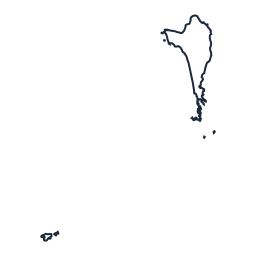 outline of Phu Quoc, Kiên Giang, Vietnam
{"feature_id": "81297802B871478188231", "entity_name": "Phu Quoc", "entity_type": "district", "adm_level": 2, "iso_a3": "VNM", "parent_name": "Vietnam", "parent_adm1": "Kiên Giang", "projection": "mercator", "projection_center": [103.915, 9.853], "detail": "fine", "context": "isolated", "style": "outline", "palette": "slate", "viewbox_px": 256, "rotation_deg": 0, "n_neighbors": 0, "source": "geoboundaries", "source_scale": "gbopen_adm2", "svg_char_len": 5702}
<svg xmlns="http://www.w3.org/2000/svg" viewBox="0 0 256 256"><path d="M202.3,22.9L201.5,22.5L200.4,21.4L197.2,16.2L195.8,15.6L194.9,15.4L193.9,15.8L192.9,15.9L192.4,16.2L190.8,17.8L190.6,18.5L190.6,20.3L190.3,21.5L189.7,23.2L189.4,23.7L188.6,24.0L187.3,24.3L186.5,24.6L185.8,25.0L185.1,28.4L183.9,31.0L182.6,32.4L181.7,33.0L181.1,33.1L180.5,33.0L180.0,32.6L179.4,32.6L179.2,32.5L176.5,31.9L176.0,31.6L175.3,31.5L174.7,31.1L173.8,31.0L173.5,30.9L171.8,30.9L170.8,30.5L169.3,30.4L169.0,30.2L168.6,30.2L167.8,29.7L167.6,29.7L167.2,30.2L166.8,30.3L166.5,30.2L166.2,29.7L165.1,29.6L164.9,29.7L164.8,29.8L165.1,30.4L165.1,31.0L164.5,31.5L164.4,32.1L164.1,32.1L164.2,32.3L164.1,32.6L164.4,32.8L164.7,32.8L165.7,33.4L166.0,34.1L166.5,35.3L167.1,37.4L167.6,39.7L168.7,42.4L168.5,42.9L168.6,43.1L169.2,43.5L169.4,44.2L169.7,44.3L169.5,43.7L170.1,43.2L170.8,43.1L171.3,43.2L172.1,43.5L173.3,44.1L174.4,45.3L174.7,46.3L175.4,46.6L176.7,46.6L178.1,46.1L179.6,46.8L180.5,47.6L181.1,48.5L181.7,49.6L182.2,50.6L182.2,51.1L182.7,51.9L183.3,52.2L183.9,52.9L184.5,53.2L184.8,53.7L184.7,53.9L185.4,54.5L185.6,55.2L186.1,55.7L186.5,56.5L187.4,59.8L187.7,60.3L187.7,60.6L187.9,61.0L188.5,62.7L189.1,65.4L189.1,65.9L189.3,66.2L192.9,83.3L194.1,91.2L194.0,91.9L194.3,92.5L194.2,93.2L194.5,93.5L194.8,93.5L195.0,93.7L195.4,93.6L195.7,93.7L196.1,94.3L196.6,95.5L196.5,96.3L197.2,97.0L197.3,97.9L197.5,98.2L197.7,99.1L197.5,99.5L197.6,100.2L197.9,100.7L198.5,100.6L198.7,99.5L199.6,99.1L200.2,99.1L200.5,99.2L201.1,99.7L201.9,100.6L202.3,99.8L203.0,99.5L203.4,99.6L203.6,99.8L203.7,100.2L204.0,100.5L204.4,100.7L204.6,101.2L205.8,101.6L205.9,101.0L205.4,100.3L204.9,99.9L204.5,100.3L204.0,100.1L203.6,99.5L203.4,98.8L202.8,98.2L201.8,96.7L201.8,95.8L202.2,95.0L202.5,94.8L203.1,95.1L203.2,94.9L203.4,94.7L202.7,94.0L202.7,92.4L202.9,91.7L203.3,90.9L203.5,90.8L203.8,90.9L204.1,90.9L204.0,90.2L204.2,89.6L204.2,89.3L204.0,89.1L203.7,89.0L202.8,88.8L202.5,88.4L201.2,87.4L201.0,87.9L200.7,88.1L200.3,88.0L199.7,87.4L199.2,86.5L199.4,86.2L199.7,86.3L200.8,84.9L200.7,83.3L201.0,82.0L201.8,81.2L202.0,81.1L202.2,80.9L203.0,79.4L202.3,77.7L201.7,77.2L201.8,76.2L202.1,75.3L202.8,74.1L204.2,73.1L204.1,72.9L204.3,72.5L205.3,68.2L205.3,67.9L206.6,63.8L207.4,62.4L208.0,61.9L208.3,62.0L208.5,61.9L208.8,61.4L209.0,61.4L209.4,61.0L210.0,59.7L210.6,57.3L210.9,56.0L211.4,55.3L211.2,54.4L211.2,53.3L211.0,52.6L210.9,51.8L210.3,50.6L210.1,49.0L210.1,47.7L210.8,46.1L210.9,44.9L211.2,43.8L211.2,43.5L211.1,42.9L210.1,39.8L210.1,39.0L209.8,38.4L209.8,37.5L209.8,36.2L210.1,35.1L210.7,34.4L211.2,34.2L210.6,32.2L210.7,31.4L210.8,31.4L210.9,30.9L210.6,30.4L210.0,29.7L210.0,29.4L209.7,29.2L209.4,28.7L208.2,27.6L207.7,26.9L207.5,26.0L206.8,25.3L206.8,24.9L207.0,24.8L207.5,24.7L207.5,24.4L207.1,24.3L206.7,24.8L205.8,24.6L204.2,23.0L203.9,22.5L203.6,22.3L203.1,22.3L202.9,22.8L202.7,23.0L202.3,22.9ZM47.3,234.3L46.2,233.9L45.6,233.9L44.4,234.6L42.2,235.4L41.6,236.0L41.3,236.3L41.3,236.8L41.8,237.1L42.2,237.1L43.8,236.5L44.2,236.6L44.6,236.9L44.6,237.6L43.9,238.8L43.9,239.2L44.2,240.3L44.7,240.6L44.9,240.6L45.6,240.4L46.4,240.6L46.6,240.5L47.7,239.2L48.2,238.3L49.3,237.9L50.0,237.2L50.6,236.9L51.2,236.7L51.5,236.4L51.4,235.6L51.5,234.4L51.3,234.1L50.9,234.0L49.2,234.1L47.3,234.3ZM198.7,108.8L198.4,108.6L197.9,108.8L197.9,109.5L198.2,109.7L198.4,110.2L198.3,110.6L198.0,110.9L198.3,111.2L198.5,111.3L198.5,111.9L198.2,112.1L198.1,112.4L197.9,112.4L198.0,112.7L198.5,112.9L198.6,113.2L198.9,113.1L199.3,113.3L199.5,113.5L199.5,113.8L199.8,114.1L200.2,114.3L200.4,113.9L200.7,113.8L200.8,113.1L200.7,112.8L200.1,112.5L199.9,112.0L200.0,111.5L200.3,111.2L200.3,110.9L200.2,110.3L199.4,109.0L199.2,108.9L199.0,109.0L198.9,108.8L198.7,108.8ZM200.4,107.5L200.5,107.0L200.3,106.6L199.8,106.2L199.6,105.8L199.1,105.5L198.5,105.7L198.7,106.4L199.2,106.9L199.3,107.7L200.0,107.8L200.6,108.6L201.0,108.7L201.0,108.4L200.7,107.6L200.4,107.5ZM56.0,235.4L56.3,235.1L56.4,233.9L55.6,233.1L55.3,233.1L54.3,234.0L54.2,234.2L54.4,234.4L55.2,234.6L55.7,235.3L56.0,235.4ZM198.5,104.2L198.6,103.5L198.1,103.0L197.3,102.3L197.3,103.8L197.9,104.4L198.5,104.2ZM199.5,116.6L200.3,116.1L200.4,115.8L200.0,115.4L199.3,115.5L199.0,115.8L199.0,116.3L199.5,116.6ZM213.9,132.9L214.5,132.3L214.7,131.4L214.4,131.2L213.9,131.4L213.6,131.8L213.6,132.1L213.8,132.4L213.9,132.9ZM196.4,117.8L196.3,117.5L196.1,117.5L195.6,117.7L195.6,117.8L195.3,117.8L195.1,118.1L195.4,118.3L195.9,118.4L196.5,119.0L196.6,118.9L196.4,118.0L196.4,117.8ZM194.6,119.5L193.9,119.2L193.6,119.4L193.3,119.5L193.2,119.7L193.5,120.1L194.2,120.2L194.6,120.0L194.7,119.7L195.0,119.6L195.0,119.4L194.6,119.5ZM58.2,233.5L58.3,233.3L58.0,232.6L57.9,232.0L57.7,231.8L57.3,232.3L57.9,233.2L58.2,233.5ZM199.1,119.5L199.4,119.3L199.4,119.1L198.8,119.5L198.2,119.3L197.8,119.7L198.3,119.9L198.7,119.8L198.9,120.1L199.1,120.0L199.0,119.9L199.1,119.5ZM200.3,118.4L200.3,118.0L200.0,117.9L199.9,118.5L200.1,118.6L200.1,118.8L200.8,118.9L200.9,118.7L200.7,118.3L200.5,118.2L200.3,118.4ZM50.2,238.6L50.4,238.5L50.2,238.1L49.8,238.1L49.6,238.2L49.6,238.6L50.2,238.6ZM204.7,137.2L204.7,136.9L204.3,136.7L204.3,137.1L203.9,137.4L204.0,137.7L204.2,137.8L204.7,137.2ZM202.5,102.3L201.4,101.4L201.4,101.6L201.6,101.7L201.6,101.9L202.4,102.4L202.6,102.8L202.6,102.7L202.5,102.3ZM161.7,32.7L161.5,32.9L161.6,33.2L161.9,33.3L162.3,33.3L162.2,32.9L161.7,32.7ZM164.2,40.1L164.1,40.5L164.5,40.7L164.8,40.6L164.7,40.2L164.2,40.1ZM203.9,104.4L203.9,104.0L203.6,103.9L202.9,103.1L203.2,103.9L203.9,104.4ZM200.0,120.9L200.4,120.4L200.3,120.0L200.0,120.1L200.0,120.7L199.9,120.8L200.0,120.9ZM192.5,118.3L192.5,117.7L192.4,117.6L192.2,118.2L191.9,118.3L192.2,118.5L192.5,118.3Z" fill="none" stroke="#1e293b" stroke-width="2"/></svg>